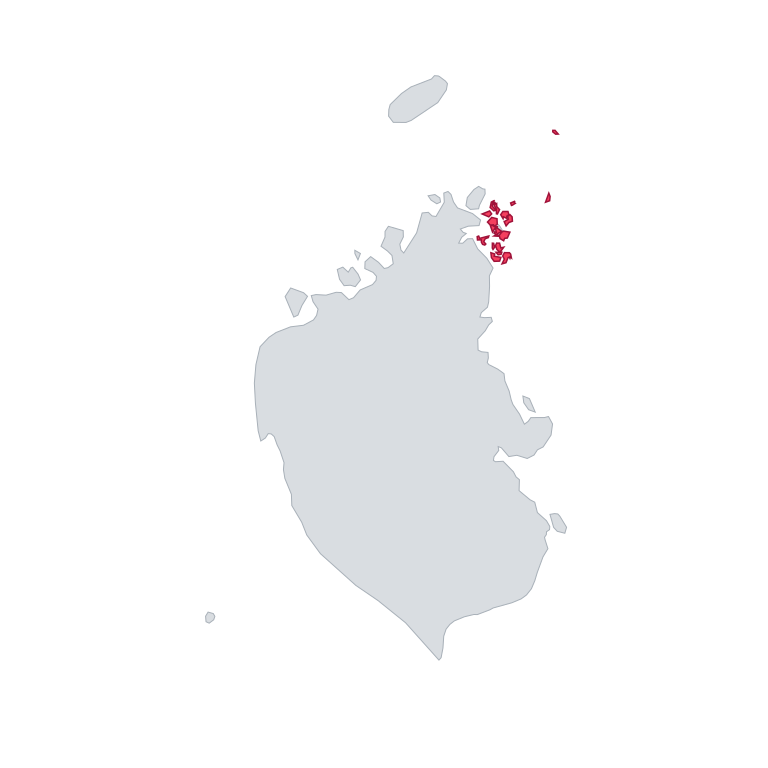 Sinan-gun, South Jeolla, South Korea shown in context, rotated 163°
{"feature_id": "91817680B46467557111645", "entity_name": "Sinan-gun", "entity_type": "district", "adm_level": 2, "iso_a3": "KOR", "parent_name": "South Korea", "parent_adm1": "South Jeolla", "projection": "orthographic", "projection_center": [125.994, 34.593], "detail": "medium", "context": "in_parent", "style": "filled", "palette": "rose", "viewbox_px": 768, "rotation_deg": 163, "n_neighbors": 0, "source": "geoboundaries", "source_scale": "gbopen_adm2", "svg_char_len": 5168}
<svg xmlns="http://www.w3.org/2000/svg" viewBox="0 0 768 768"><g transform="rotate(163 384 384)"><path d="M272.8,192.5L275.3,190.5L275.5,187.7L275.4,178.6L282.5,172.2L292.5,159.0L297.3,151.8L302.9,145.1L309.4,140.6L315.7,138.4L325.8,137.4L345.1,137.9L348.8,137.1L362.2,136.2L365.4,137.3L375.2,137.9L386.0,136.9L391.4,134.8L396.3,131.4L400.6,125.4L404.8,114.3L409.4,105.6L412.2,103.9L433.2,149.4L453.0,178.6L469.8,199.6L494.4,240.3L502.0,262.2L503.1,275.9L507.7,294.7L504.8,305.6L506.4,322.7L505.2,331.5L502.6,338.0L502.9,350.4L504.0,357.0L504.4,365.8L506.4,369.2L509.2,370.4L513.3,367.0L518.5,365.5L518.0,376.1L512.6,403.1L507.7,422.8L500.8,440.0L491.6,455.9L480.3,462.3L472.2,464.8L456.7,466.0L443.8,463.7L432.7,465.9L428.4,469.3L425.2,474.9L427.8,483.4L427.7,489.8L422.9,489.4L413.4,485.9L403.0,485.7L398.0,483.9L392.9,474.9L387.9,475.4L379.3,480.9L366.0,482.4L361.3,485.4L359.7,489.2L361.8,493.9L368.6,500.0L366.4,506.4L359.5,509.7L353.7,502.0L350.0,494.4L346.1,494.1L340.0,496.3L338.8,504.6L341.8,510.2L346.6,516.6L340.1,524.2L338.4,529.6L333.7,533.5L320.8,525.1L322.5,519.0L328.0,513.1L328.6,507.1L326.8,503.5L308.6,519.0L297.5,536.4L291.4,535.2L288.9,530.7L285.3,529.0L273.2,540.2L271.0,549.1L266.5,549.4L264.5,545.7L264.3,537.7L262.2,530.9L249.5,521.1L243.7,512.6L246.8,507.7L257.3,510.3L265.7,509.9L264.0,505.9L261.3,503.9L266.8,501.6L271.4,496.9L267.6,495.6L261.7,498.4L256.8,497.1L254.9,485.8L248.9,474.2L245.8,463.0L251.6,456.6L254.5,446.5L259.9,431.9L262.6,427.2L270.1,423.8L272.7,420.0L268.6,418.1L262.0,416.4L262.1,412.2L266.6,409.9L271.6,405.3L281.2,399.6L284.1,388.9L281.3,386.3L275.3,383.8L276.6,378.4L279.0,374.3L278.1,371.9L270.9,365.0L266.2,358.8L267.5,351.6L266.4,340.7L267.0,331.6L266.7,326.7L263.2,315.6L261.5,304.5L257.0,306.1L253.4,308.9L240.3,305.0L236.2,304.8L234.5,296.5L239.2,286.3L250.2,277.3L256.5,276.2L261.3,272.2L268.8,270.9L277.8,277.0L285.8,278.1L290.4,288.6L293.1,290.8L293.7,286.9L300.1,282.3L301.7,278.9L300.2,277.1L292.7,275.3L285.9,262.2L284.9,256.6L282.5,252.9L286.0,242.5L278.2,230.6L274.4,226.9L274.9,216.2L270.8,209.4L268.6,205.7L267.1,199.3L268.3,196.3L271.8,195.2L272.8,192.5ZM249.4,661.8L245.6,664.1L242.0,662.7L241.0,661.7L236.7,655.8L235.5,652.7L238.4,647.0L250.3,637.4L281.0,628.1L286.5,627.7L298.6,631.5L301.3,638.8L299.1,645.1L296.4,649.4L282.3,656.7L271.4,660.2L249.4,661.8ZM453.0,496.5L445.2,503.1L434.2,494.8L431.5,490.2L439.5,483.1L446.2,475.0L450.7,474.4L453.0,496.5ZM395.9,497.1L395.2,507.2L389.2,507.8L385.5,501.4L381.8,504.7L379.8,504.8L376.7,496.7L376.0,490.4L383.0,485.5L387.3,488.3L393.4,489.7L395.9,497.1ZM241.1,543.7L235.7,545.3L232.6,541.8L230.5,540.8L231.7,536.2L240.5,527.0L242.3,523.9L250.4,525.7L253.5,530.6L249.8,538.0L241.1,543.7ZM263.7,197.2L263.4,210.8L258.8,210.2L255.8,208.9L254.5,206.2L251.3,193.6L254.7,188.4L261.4,192.5L263.7,197.2ZM235.8,506.6L234.7,509.1L231.0,508.4L227.2,501.3L225.7,495.7L221.9,492.6L227.9,487.7L235.5,496.5L235.8,506.6ZM255.8,325.2L254.7,331.9L249.2,327.5L247.6,312.9L253.2,317.1L255.8,325.2ZM622.5,214.1L618.9,217.3L614.4,214.4L613.7,211.2L615.8,208.3L621.1,206.4L623.7,208.7L622.5,214.1ZM285.3,546.2L286.8,551.1L279.9,550.3L276.2,545.6L276.7,541.5L280.8,540.9L285.3,546.2ZM373.7,517.2L372.8,520.4L368.4,515.7L372.6,510.3L373.7,517.2Z" fill="#d9dde1" stroke="#a8b0b8" stroke-width="1"/><path d="M232.8,504.3L232.1,502.6L229.0,503.7L227.6,509.0L232.3,511.8L237.7,508.6L235.9,504.9L232.8,504.3ZM230.5,489.1L227.7,486.0L226.1,488.0L223.4,487.5L219.2,492.4L224.8,495.2L226.9,494.9L230.3,492.5L230.5,489.1ZM232.4,468.3L236.0,464.4L231.9,464.3L228.5,468.5L227.0,468.7L226.8,467.4L226.0,468.6L225.3,467.4L224.9,471.2L225.7,472.9L230.4,474.4L233.1,471.7L232.4,468.3ZM242.8,469.1L237.5,467.7L235.2,470.9L241.3,474.0L240.1,476.0L243.4,478.3L244.3,473.4L242.8,469.1ZM221.6,504.1L221.0,499.5L217.3,501.9L213.6,502.1L212.6,506.4L214.0,509.1L216.8,508.1L216.9,505.2L221.6,504.1ZM248.9,488.7L247.0,487.4L245.7,488.1L247.0,490.9L244.8,493.3L241.4,493.5L240.5,494.9L249.9,495.3L250.2,497.8L251.8,497.7L252.5,494.4L248.8,493.4L249.4,491.0L248.9,488.7ZM220.9,509.0L218.3,506.6L217.5,508.6L215.0,509.5L215.0,512.7L219.9,514.2L222.9,511.8L221.8,507.3L220.9,509.0ZM236.7,479.7L235.1,476.9L233.6,476.7L229.5,479.8L232.5,480.0L232.3,484.9L235.1,485.8L236.9,483.7L236.7,479.7ZM235.5,493.4L231.3,491.8L231.7,494.5L226.8,495.6L230.5,500.4L231.8,499.9L232.3,496.3L233.8,497.1L234.5,496.0L232.9,494.0L235.5,493.4ZM240.4,517.9L234.9,513.2L231.3,515.2L232.4,518.6L240.4,517.9ZM228.2,526.6L230.9,521.7L228.4,517.5L226.3,517.4L228.5,522.6L227.6,524.3L224.2,524.9L226.9,525.7L224.5,527.3L228.2,526.6ZM226.5,523.1L225.4,518.4L226.7,513.9L225.8,513.4L222.5,517.0L224.3,520.7L223.5,523.7L226.5,523.1ZM236.0,504.2L235.8,497.6L232.0,500.7L228.9,501.2L232.2,502.1L234.0,504.1L236.0,504.2ZM176.4,510.6L172.0,510.8L170.3,514.8L170.6,518.3L176.4,510.6ZM234.1,473.8L232.8,475.5L238.4,477.2L237.1,474.2L234.1,473.8ZM148.4,577.2L148.9,575.8L146.8,572.7L144.3,572.1L146.3,576.6L148.4,577.2ZM210.0,520.1L209.9,517.5L208.9,517.5L205.6,518.4L206.7,520.0L205.1,520.6L210.0,520.1ZM239.2,487.0L240.7,482.3L240.4,480.8L238.3,482.4L238.0,486.5L239.2,487.0Z" fill="#f43f5e" stroke="#9f1239" stroke-width="1.5"/></g></svg>